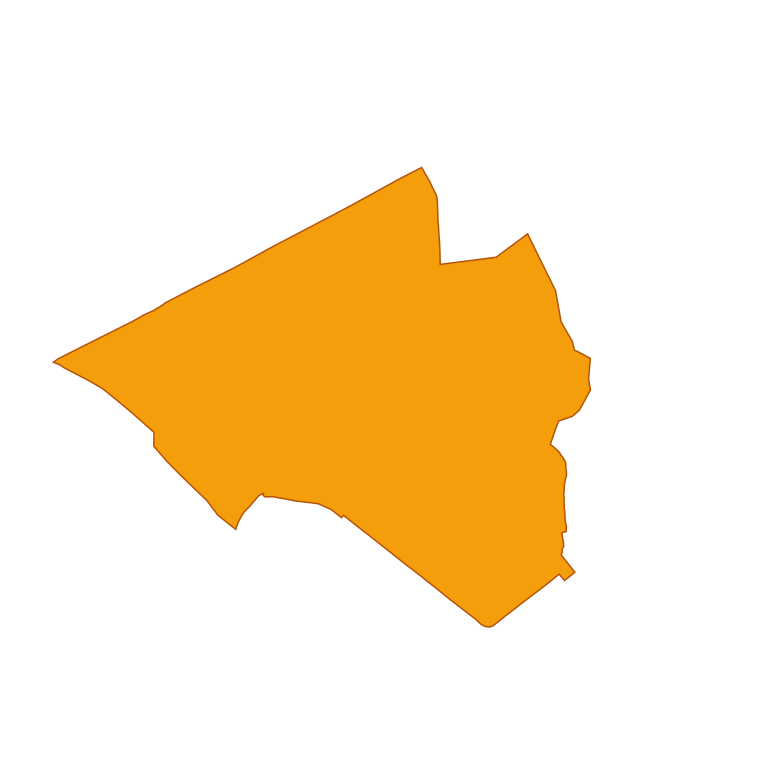 City, Castries, Saint Lucia, rotated 220°
{"feature_id": "8701671B44976535093209", "entity_name": "City", "entity_type": "district", "adm_level": 2, "iso_a3": "LCA", "parent_name": "Saint Lucia", "parent_adm1": "Castries", "projection": "albers", "projection_center": [-60.991, 14.009], "detail": "fine", "context": "isolated", "style": "filled", "palette": "amber", "viewbox_px": 768, "rotation_deg": 220, "n_neighbors": 0, "source": "geoboundaries", "source_scale": "gbopen_adm2", "svg_char_len": 1899}
<svg xmlns="http://www.w3.org/2000/svg" viewBox="0 0 768 768"><g transform="rotate(220 384 384)"><path d="M651.2,188.1L645.6,190.1L639.2,190.9L611.8,196.9L596.2,199.6L574.2,199.9L558.1,199.9L529.1,199.1L520.3,188.3L499.3,185.0L478.2,183.1L444.6,180.8L426.9,176.7L404.1,177.3L405.1,179.5L406.9,184.9L407.3,186.5L408.3,191.1L408.8,196.3L408.2,205.5L408.3,209.0L408.0,218.7L406.5,221.9L406.1,222.6L404.8,221.0L402.8,221.0L396.9,226.0L385.0,232.9L376.1,237.8L365.7,244.7L357.4,250.0L343.9,253.9L330.6,254.3L330.6,257.3L308.7,258.0L285.2,258.8L253.7,259.6L236.1,260.4L222.5,260.7L210.8,261.1L195.4,261.3L167.7,262.5L161.9,262.7L155.7,262.3L153.3,262.6L151.3,263.1L149.3,264.1L147.1,265.6L145.1,268.6L142.1,283.5L137.3,305.6L131.0,333.6L127.6,350.9L119.4,349.5L116.8,362.5L138.3,366.9L139.0,368.2L139.3,369.8L140.9,371.3L141.7,372.8L141.9,375.1L144.1,377.4L149.9,382.4L151.5,383.8L152.2,384.5L149.5,388.2L150.9,389.7L151.6,390.7L152.5,391.9L156.5,395.0L160.1,398.6L163.2,402.3L166.3,404.9L168.8,408.0L170.9,410.0L172.4,412.1L176.0,415.7L178.0,418.9L180.6,422.0L182.6,425.6L184.1,428.2L185.1,430.8L188.2,434.4L190.3,436.0L193.3,439.6L195.4,441.1L199.5,442.7L202.5,443.2L205.6,444.3L211.8,444.8L213.7,444.8L217.0,444.7L217.8,444.7L222.8,457.7L226.5,467.8L219.0,480.2L217.5,489.5L218.2,493.1L222.0,512.1L230.3,519.1L242.4,536.2L256.8,533.3L259.7,532.3L267.2,537.7L288.4,545.5L312.5,565.7L370.5,591.3L379.6,553.2L417.8,511.8L426.9,522.1L433.3,529.1L438.7,534.6L444.0,540.2L447.9,544.1L453.4,550.3L456.4,553.6L459.9,557.5L463.0,560.7L466.0,562.6L473.7,566.0L478.9,568.4L494.3,574.1L499.0,563.1L502.8,554.0L504.1,550.8L511.1,532.8L524.5,498.3L528.7,488.0L551.3,432.8L557.6,417.6L570.3,384.8L572.8,378.3L588.7,341.6L591.7,334.6L603.6,305.9L603.9,305.2L604.1,303.3L607.5,292.8L612.6,282.0L616.7,270.7L617.3,269.4L637.1,223.5L649.8,194.0L651.2,188.1Z" fill="#f59e0b" stroke="#b45309" stroke-width="1.5"/></g></svg>